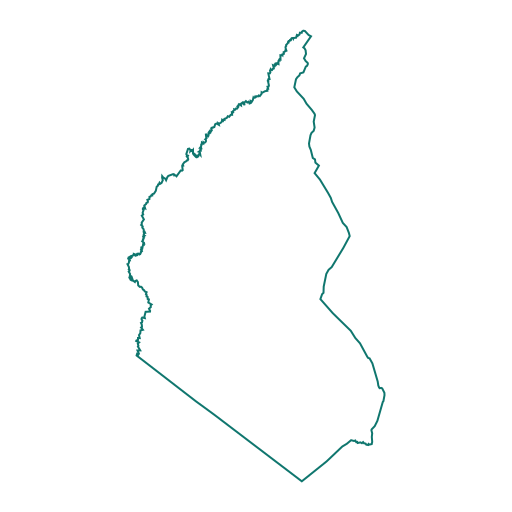 Narok West, Rift Valley, Kenya
{"feature_id": "3690345B77596051964159", "entity_name": "Narok West", "entity_type": "district", "adm_level": 2, "iso_a3": "KEN", "parent_name": "Kenya", "parent_adm1": "Rift Valley", "projection": "equal_earth", "projection_center": [35.345, -1.322], "detail": "fine", "context": "isolated", "style": "outline", "palette": "teal", "viewbox_px": 512, "rotation_deg": 0, "n_neighbors": 0, "source": "geoboundaries", "source_scale": "gbopen_adm2", "svg_char_len": 6008}
<svg xmlns="http://www.w3.org/2000/svg" viewBox="0 0 512 512"><path d="M245.9,101.1L244.2,102.8L244.5,105.3L244.1,104.2L243.4,103.9L243.8,102.9L243.0,102.2L240.8,103.8L241.0,105.4L239.0,104.1L238.7,104.4L238.5,105.3L237.5,106.3L238.3,106.9L237.1,108.6L236.1,108.4L235.3,109.6L234.3,109.3L234.4,109.8L232.7,111.5L233.2,112.2L232.5,112.9L231.9,112.6L232.1,114.8L230.7,114.8L229.2,116.8L227.8,116.2L226.7,118.0L224.8,118.7L224.6,119.9L223.6,119.6L223.1,120.8L222.1,119.9L221.8,121.7L220.8,122.7L219.0,123.7L218.4,123.3L218.8,124.8L216.5,123.5L215.2,124.2L214.3,127.1L212.8,127.4L212.4,126.7L212.5,127.8L211.5,127.9L211.2,128.8L211.8,130.3L211.0,131.3L210.2,131.7L209.8,131.0L209.2,131.8L210.0,132.6L208.9,133.0L209.3,133.5L208.4,133.9L208.5,135.6L208.1,136.3L207.1,135.5L206.5,135.7L205.8,133.6L206.2,137.4L206.6,138.0L205.3,139.3L205.8,139.6L206.0,141.1L205.3,142.3L204.0,142.9L203.5,142.4L203.4,143.5L201.9,142.5L201.8,144.5L201.2,144.6L201.1,146.4L200.1,147.7L201.1,147.7L201.4,148.7L200.5,149.3L200.7,150.2L200.2,150.0L200.0,150.9L198.9,151.7L199.8,152.0L200.3,154.9L199.3,153.8L198.4,155.5L197.1,155.5L197.0,156.1L197.8,156.7L196.8,157.3L195.5,156.3L195.8,155.7L195.3,155.0L195.1,156.1L193.4,154.3L193.6,153.5L193.0,153.2L193.0,150.3L192.3,151.3L191.8,151.1L192.2,149.9L191.5,150.0L190.4,151.1L190.5,150.3L189.3,148.6L188.0,148.9L186.3,154.1L187.1,155.5L188.0,155.7L187.5,156.8L186.9,156.0L186.7,156.3L188.0,158.1L188.2,159.5L187.6,160.4L187.0,160.3L186.0,161.4L184.4,162.2L182.7,164.5L183.2,165.7L182.2,166.0L182.7,170.1L182.0,170.7L180.7,170.5L176.5,176.3L175.5,175.3L174.2,175.4L174.1,174.4L173.2,174.1L168.3,175.9L167.3,177.2L166.1,180.2L165.3,178.7L163.2,177.5L162.2,176.2L162.1,177.7L162.8,180.2L161.5,183.0L160.2,183.8L159.5,182.8L158.9,184.3L158.1,184.5L157.9,185.7L156.7,186.7L155.8,190.8L154.0,193.6L152.5,194.1L152.3,195.4L151.4,195.2L150.6,196.5L149.5,196.8L149.4,199.1L147.4,199.8L147.9,201.3L147.7,202.4L146.4,202.9L146.1,204.0L144.3,205.5L145.1,208.3L143.7,207.6L142.9,208.4L142.9,209.2L143.8,209.3L142.6,212.9L143.2,214.5L141.8,215.6L143.9,219.4L141.7,222.6L141.8,224.4L141.2,225.0L142.7,226.4L142.3,227.6L143.6,229.2L143.9,231.6L144.5,231.6L145.0,232.7L143.9,232.6L144.3,233.6L143.7,234.3L143.9,234.8L143.4,236.0L144.1,236.0L143.8,236.3L144.2,236.9L143.4,237.7L143.7,238.6L142.9,239.3L143.1,240.1L142.2,241.3L144.0,242.8L144.2,243.8L143.5,243.8L143.6,244.6L143.1,244.4L142.4,247.9L142.0,247.2L141.3,247.4L141.4,248.5L140.9,249.8L141.9,251.2L141.3,251.7L140.8,251.0L141.1,252.1L140.2,254.1L139.3,254.5L138.8,253.6L137.3,253.8L137.1,255.2L136.1,255.5L136.4,254.4L135.8,254.7L134.0,254.0L134.1,254.8L133.5,254.5L132.9,255.6L131.8,255.9L131.8,257.1L130.9,258.1L130.4,258.1L130.3,256.5L129.8,256.8L130.0,257.6L128.6,257.5L128.2,258.6L129.6,259.5L129.9,260.5L129.1,260.7L128.9,262.6L128.3,263.9L127.5,264.2L128.9,267.0L129.1,268.8L128.8,269.4L129.6,270.0L129.6,270.7L128.7,271.6L130.1,274.0L129.9,275.3L130.8,276.0L129.5,277.0L129.4,277.4L130.3,277.5L130.0,278.6L130.6,279.8L131.2,280.1L131.1,279.3L132.0,277.9L132.9,280.5L134.9,282.0L135.3,281.0L136.7,280.4L137.9,282.1L138.2,285.4L139.8,286.9L140.9,286.7L142.1,287.6L142.9,289.5L144.1,290.2L144.7,291.4L146.6,292.2L145.9,294.2L146.7,295.0L146.5,296.4L147.6,296.9L147.7,299.0L148.9,299.4L148.3,302.5L151.6,304.5L150.7,305.3L150.8,307.1L149.0,308.7L150.1,310.9L150.0,311.6L145.6,311.8L144.4,316.6L144.8,318.1L142.3,317.5L141.6,318.4L141.6,319.5L142.4,320.6L142.0,322.4L141.0,322.9L141.8,324.7L142.0,326.9L141.1,327.5L142.9,329.8L140.5,330.4L140.3,333.2L139.0,335.1L139.7,338.1L138.0,338.0L138.0,340.0L136.5,340.4L136.2,341.0L139.1,342.4L137.8,343.6L138.4,345.8L137.9,346.5L140.2,350.4L137.5,350.5L138.9,353.7L138.4,354.5L137.1,353.8L136.6,355.5L195.9,401.3L214.5,414.9L301.8,481.3L326.6,461.4L342.3,446.5L346.8,443.8L351.1,440.2L354.1,441.0L355.3,440.5L356.2,442.1L357.2,441.9L357.6,443.0L360.4,442.4L361.9,443.2L363.1,442.1L364.0,443.3L365.6,443.6L366.3,444.7L368.2,445.0L368.6,444.0L369.4,444.6L371.7,444.1L372.2,441.9L371.8,436.9L372.2,433.4L371.4,430.1L371.8,429.2L374.7,426.2L377.4,420.8L382.8,401.9L383.4,401.2L384.5,395.2L384.4,392.8L382.2,388.4L381.1,387.9L379.7,388.2L379.1,387.5L378.3,385.5L377.7,381.5L372.4,363.4L369.6,358.4L368.1,357.9L367.2,356.6L360.0,343.3L355.3,338.0L350.8,330.8L332.9,313.3L320.4,299.1L322.1,294.2L323.5,292.8L323.7,286.6L326.3,273.9L328.6,269.8L331.7,267.1L343.4,247.8L349.7,236.1L348.9,232.9L346.6,227.0L342.8,222.9L338.3,213.1L332.1,201.9L330.8,197.9L328.1,193.0L319.9,179.5L314.6,173.1L318.9,165.6L315.4,162.6L315.0,159.4L312.8,158.0L310.8,149.9L309.4,146.6L309.0,143.5L310.5,135.2L311.5,132.9L313.7,130.8L314.6,127.5L313.7,121.6L315.0,115.1L314.5,113.7L311.7,109.8L306.5,103.7L303.7,98.8L296.8,91.4L294.3,87.3L296.0,79.2L297.4,77.2L299.4,75.4L300.1,73.4L303.4,72.4L305.8,66.6L307.1,65.8L307.9,63.9L307.6,62.8L305.7,61.1L304.0,58.3L306.0,54.0L305.6,50.3L304.5,48.3L303.3,47.4L311.0,36.3L308.6,35.0L304.9,31.0L303.3,30.7L302.0,31.6L301.7,32.8L299.9,32.7L299.5,34.5L298.3,35.4L297.1,35.0L297.2,36.0L296.6,35.9L296.1,37.7L293.6,38.0L293.3,38.7L293.0,38.0L291.8,38.1L291.2,38.7L290.9,40.1L290.0,40.0L289.8,40.8L288.7,41.0L288.6,42.3L288.0,42.2L287.8,43.2L286.1,45.0L286.2,46.0L285.7,46.5L285.5,47.6L286.1,49.8L285.6,49.7L285.2,51.1L285.5,51.2L283.6,52.2L283.9,53.8L282.6,54.3L282.5,55.2L282.0,54.7L281.5,55.3L280.4,55.2L280.5,59.5L279.9,59.3L279.7,60.2L279.2,59.7L278.4,61.1L278.5,64.1L277.8,63.8L277.8,62.9L276.5,64.4L276.5,63.4L276.2,63.2L275.3,63.6L275.2,64.9L274.6,64.8L274.4,66.1L273.1,65.4L273.8,68.5L272.6,69.0L272.0,70.1L271.0,70.0L270.6,69.3L270.0,70.7L270.4,72.2L269.9,73.3L268.3,73.3L269.5,79.0L268.5,79.0L267.8,80.7L268.4,81.1L268.1,81.7L268.9,85.4L268.6,86.5L267.5,86.7L268.2,88.9L267.2,89.3L267.4,90.8L265.0,91.2L262.1,92.8L261.6,92.4L261.5,93.9L259.8,96.1L258.7,95.5L258.1,96.4L256.8,96.2L255.7,97.2L255.2,96.6L254.7,97.6L253.7,98.0L253.4,97.6L252.8,100.1L251.8,101.7L250.7,101.0L250.8,103.0L249.5,103.5L248.6,101.7L247.3,102.5L245.9,101.1Z" fill="none" stroke="#0f766e" stroke-width="2"/></svg>